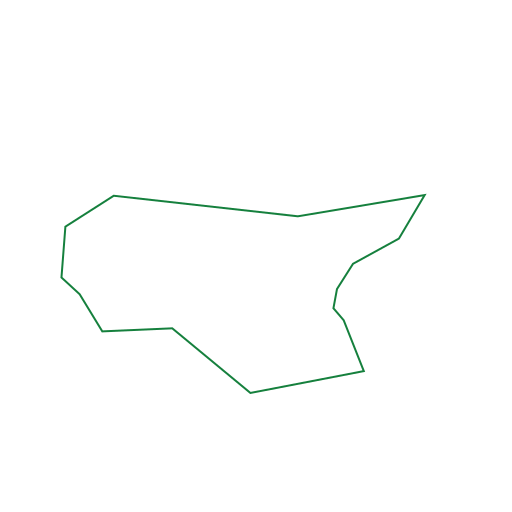 the Municipality of Turnišče, rotated 314°
{"feature_id": "SVN-1049", "entity_name": "Turnišče", "entity_type": "Municipality", "adm_level": 1, "iso_a3": "SVN", "parent_name": "Slovenia", "parent_adm1": "", "projection": "mercator", "projection_center": [16.325, 46.616], "detail": "fine", "context": "isolated", "style": "outline", "palette": "green", "viewbox_px": 512, "rotation_deg": 314, "n_neighbors": 0, "source": "natural_earth", "source_scale": "10m", "svg_char_len": 356}
<svg xmlns="http://www.w3.org/2000/svg" viewBox="0 0 512 512"><g transform="rotate(314 256 256)"><path d="M313.6,258.5L417.0,335.0L367.8,346.7L317.8,331.2L288.5,337.2L272.2,348.0L270.7,363.7L248.1,413.5L153.6,347.1L145.8,246.0L95.0,197.8L106.0,155.7L105.4,131.0L144.7,98.5L200.5,111.8L313.6,258.5Z" fill="none" stroke="#15803d" stroke-width="2"/></g></svg>